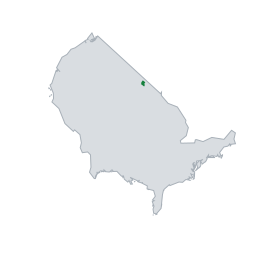 Renville, North Dakota, United States of America shown in context, rotated 37°
{"feature_id": "52423323B29134210824643", "entity_name": "Renville", "entity_type": "district", "adm_level": 2, "iso_a3": "USA", "parent_name": "United States of America", "parent_adm1": "North Dakota", "projection": "orthographic", "projection_center": [-101.622, 48.729], "detail": "fine", "context": "in_parent", "style": "filled", "palette": "green", "viewbox_px": 256, "rotation_deg": 37, "n_neighbors": 0, "source": "geoboundaries", "source_scale": "gbopen_adm2", "svg_char_len": 3867}
<svg xmlns="http://www.w3.org/2000/svg" viewBox="0 0 256 256"><g transform="rotate(37 128 128)"><path d="M200.6,85.1L211.5,79.3L212.1,67.5L216.7,67.3L219.3,73.1L223.3,75.9L219.8,79.3L220.0,80.5L218.8,79.5L218.7,82.3L216.0,85.5L215.9,92.4L218.7,94.1L219.9,93.2L219.2,92.3L219.8,92.6L220.3,93.8L216.9,96.3L215.7,95.3L216.0,97.3L211.7,99.5L209.2,103.3L209.1,101.8L208.5,101.0L208.6,104.6L209.7,104.8L210.2,107.7L209.0,112.1L205.9,110.8L206.7,108.0L205.5,110.2L206.9,112.4L208.3,113.4L208.9,115.0L207.6,121.7L207.5,117.8L204.2,115.3L204.7,111.1L202.7,113.0L205.0,118.1L202.3,117.2L201.6,117.7L201.8,115.8L201.7,115.3L201.2,116.9L201.5,118.0L205.5,118.8L205.0,120.1L203.0,118.7L202.3,118.6L204.8,120.2L205.8,120.3L205.6,121.8L204.3,121.2L206.5,122.6L206.2,123.0L205.1,122.3L202.8,122.5L206.0,123.6L207.6,122.9L210.6,127.2L208.1,124.0L209.2,126.2L205.9,126.8L208.8,128.4L209.8,127.3L208.9,130.0L205.7,130.3L207.8,130.8L206.5,132.5L208.6,132.6L205.2,134.3L204.3,138.5L201.2,140.5L196.1,148.8L195.1,148.4L193.8,154.9L193.8,156.4L195.7,160.6L202.8,172.3L202.3,179.5L199.8,180.6L196.8,177.7L195.8,174.8L191.7,172.2L192.7,170.3L190.9,170.8L190.9,166.1L186.1,162.5L179.8,165.1L178.3,162.6L171.9,163.7L172.6,162.5L171.6,163.8L168.7,164.8L168.5,162.7L168.1,164.3L159.4,166.1L163.2,166.6L162.2,168.7L165.2,170.1L163.9,171.3L160.4,169.3L160.4,171.3L155.9,171.1L153.2,169.0L151.8,170.4L145.2,169.3L141.6,172.3L142.5,171.5L140.4,171.0L139.6,174.4L135.7,176.8L136.6,176.1L134.0,175.9L134.9,177.0L131.9,178.6L130.9,182.3L129.5,181.8L130.7,182.7L131.0,186.0L132.4,188.0L131.5,188.7L123.9,186.5L122.1,181.7L114.2,172.0L110.2,171.4L106.4,175.2L101.7,172.5L99.7,167.9L93.6,162.2L86.5,161.6L86.4,163.6L75.0,162.4L61.1,154.0L51.6,153.0L50.8,149.3L47.4,145.1L39.9,140.6L40.3,138.2L36.0,125.4L36.4,124.3L37.4,126.1L37.1,123.5L39.9,124.0L34.7,122.9L32.7,111.2L35.0,106.0L35.1,99.4L37.5,95.8L41.2,84.4L43.5,85.4L41.1,84.0L42.7,81.1L41.8,80.9L42.0,73.8L47.4,76.7L45.3,79.8L47.8,77.9L46.9,80.7L45.4,81.0L46.3,81.5L47.7,80.6L48.8,77.7L48.4,72.7L133.3,81.0L133.2,79.2L135.1,82.0L145.2,84.2L154.8,81.5L169.6,87.0L170.6,89.0L175.9,91.3L179.2,99.1L177.4,106.6L179.4,108.3L190.2,99.8L188.9,96.9L189.8,96.0L196.1,93.7L200.6,85.1ZM213.5,100.3L215.3,99.2L209.2,103.8L214.0,99.3L213.5,100.3ZM48.1,75.7L48.4,77.7L48.3,78.0L47.6,76.3L48.1,75.7ZM132.2,187.4L131.1,184.5L131.1,182.9L131.3,184.6L132.2,187.4ZM220.3,79.4L220.6,80.3L220.3,80.2L220.3,79.4ZM153.4,169.9L153.6,170.5L152.8,170.1L153.4,169.9ZM42.5,144.2L43.4,144.0L43.5,144.2L42.5,144.2ZM41.5,143.7L41.1,144.1L40.8,143.6L41.5,143.7ZM218.6,95.7L218.3,96.5L218.1,96.4L218.6,95.7ZM131.6,181.3L131.1,182.7L132.4,180.0L131.6,181.3ZM200.7,168.4L202.0,170.7L200.5,168.2L200.7,168.4ZM46.8,147.5L47.1,148.4L46.7,147.6L46.8,147.5ZM202.8,179.8L202.1,180.8L203.1,178.8L202.8,179.8ZM211.3,128.7L210.8,130.0L210.8,127.4L211.3,128.7ZM47.8,74.0L47.6,74.5L47.4,74.1L47.8,74.0ZM135.0,177.5L133.6,178.2L135.0,177.3L135.0,177.5ZM220.5,95.1L220.7,95.8L220.1,95.9L220.5,95.1ZM46.5,149.5L46.6,150.5L46.3,149.6L46.5,149.5ZM133.3,178.8L132.7,179.1L133.2,178.6L133.3,178.8ZM208.9,116.2L208.5,117.8L208.9,115.6L208.9,116.2ZM141.2,172.9L140.3,173.5L141.6,172.5L141.2,172.9ZM194.1,155.6L194.1,156.7L193.9,156.0L194.1,155.6ZM208.9,132.7L208.7,133.0L209.3,131.9L208.9,132.7ZM182.1,164.3L181.1,165.1L180.6,165.1L182.1,164.3ZM168.3,164.7L168.1,164.9L167.5,165.0L168.3,164.7ZM194.7,175.2L194.9,175.9L194.5,175.1L194.7,175.2ZM165.7,166.7L165.6,167.4L165.4,166.2L165.7,166.7ZM200.6,182.3L200.0,182.5L200.8,182.1L200.6,182.3ZM210.2,108.2L210.1,109.0L210.2,107.9L210.2,108.2ZM210.2,130.5L209.9,130.8L210.2,130.5Z" fill="#d9dde1" stroke="#a8b0b8" stroke-width="1"/><path d="M111.9,82.7L111.9,83.1L112.5,83.1L112.5,84.4L113.3,84.4L114.1,84.4L115.0,84.4L114.9,84.0L113.7,84.0L113.7,83.1L113.6,81.8L112.7,81.8L111.9,81.8L111.9,82.7Z" fill="#22c55e" stroke="#15803d" stroke-width="1.5"/></g></svg>